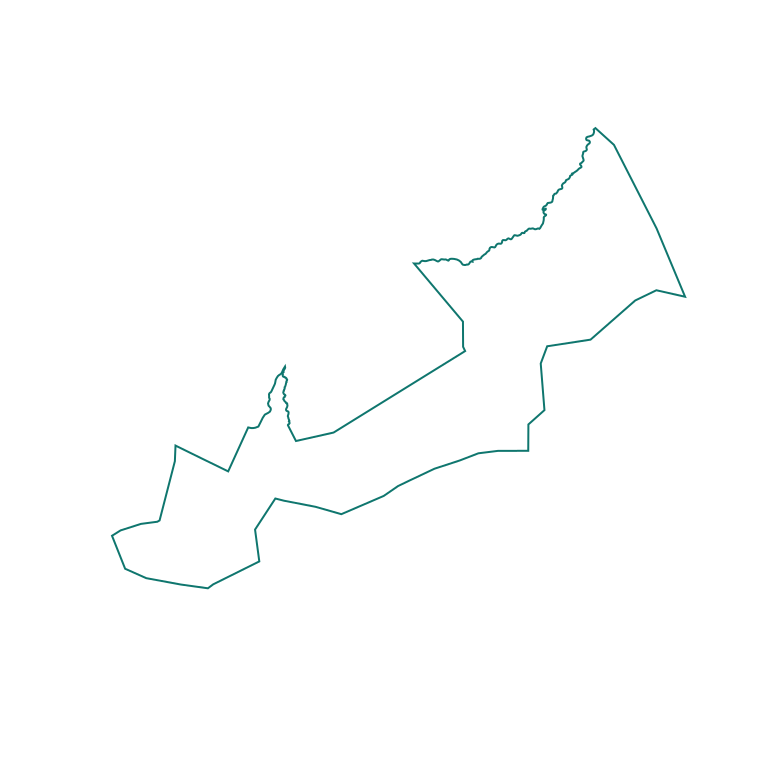 Bayandelger, Töv, Mongolia (Mercator projection), rotated 242°
{"feature_id": "93677404B81168831538061", "entity_name": "Bayandelger", "entity_type": "district", "adm_level": 2, "iso_a3": "MNG", "parent_name": "Mongolia", "parent_adm1": "Töv", "projection": "mercator", "projection_center": [108.382, 47.82], "detail": "fine", "context": "isolated", "style": "outline", "palette": "teal", "viewbox_px": 768, "rotation_deg": 242, "n_neighbors": 0, "source": "geoboundaries", "source_scale": "gbopen_adm2", "svg_char_len": 6150}
<svg xmlns="http://www.w3.org/2000/svg" viewBox="0 0 768 768"><g transform="rotate(242 384 384)"><path d="M319.7,690.8L393.3,697.7L487.2,699.3L510.7,690.8L510.3,688.6L508.8,688.3L507.7,687.6L506.5,686.4L506.0,685.5L505.8,684.2L506.2,681.5L506.6,680.2L506.7,678.7L506.0,677.8L505.1,677.4L504.3,677.4L503.9,677.7L503.1,678.7L502.5,679.3L501.5,679.5L500.7,679.2L500.0,678.4L499.9,677.7L499.7,676.3L499.1,675.0L498.3,674.0L497.5,673.6L496.3,673.3L495.7,673.1L495.4,672.7L495.1,672.0L495.1,671.0L495.4,669.7L495.4,669.1L494.9,668.5L494.1,668.1L493.4,667.4L492.7,666.7L492.1,666.2L490.1,665.8L488.8,665.6L487.7,665.2L487.3,664.7L487.1,664.1L486.9,663.2L486.5,662.3L486.5,661.7L486.5,660.7L486.2,660.4L485.7,660.2L485.0,660.3L484.2,660.5L483.6,660.5L482.9,660.2L482.7,659.7L482.6,657.2L482.2,656.0L481.8,654.7L481.6,653.2L481.5,651.9L481.3,650.6L481.5,648.9L481.2,648.9L481.1,649.3L480.9,649.3L480.6,649.0L480.4,648.3L480.5,647.5L480.4,646.1L479.9,645.7L479.4,645.2L478.6,644.0L478.4,643.4L478.4,642.1L478.5,640.8L478.4,640.2L478.0,639.9L477.5,639.4L477.2,638.7L477.0,638.0L477.0,636.9L476.9,636.1L476.2,634.8L475.5,634.1L474.7,634.0L474.0,633.8L473.4,633.5L473.0,633.0L473.0,632.2L473.5,630.0L473.4,629.1L472.8,628.0L472.3,627.6L471.9,626.6L471.6,626.1L471.4,625.5L471.4,625.1L471.7,624.4L471.8,623.9L471.6,623.4L471.2,622.8L470.9,622.3L470.7,622.0L470.8,621.7L469.7,621.0L469.2,620.8L468.1,620.0L467.3,619.2L466.5,618.6L466.1,618.2L465.9,617.6L465.9,616.9L465.9,616.4L466.6,614.5L466.9,613.5L466.6,612.8L466.1,612.2L465.7,611.4L465.5,610.8L465.5,609.7L465.5,608.3L465.1,607.6L463.9,606.0L463.3,605.9L462.9,606.3L462.8,606.7L462.8,607.3L463.0,608.3L463.0,608.8L462.8,609.1L462.4,608.9L462.1,608.5L461.9,606.6L461.4,605.8L460.7,605.4L460.1,605.3L459.3,605.4L458.7,605.6L458.1,606.1L457.7,606.5L457.4,606.6L457.1,606.4L456.9,606.2L456.7,604.8L456.5,603.9L456.1,603.3L455.4,602.9L454.7,602.6L453.4,601.7L451.1,599.7L450.0,597.6L448.4,595.1L448.1,594.2L448.1,593.9L448.6,593.6L448.9,593.3L449.1,592.8L449.3,591.1L449.7,590.0L451.5,588.5L452.2,586.5L452.5,585.9L453.1,585.1L453.0,584.0L452.7,583.0L452.4,582.2L452.3,581.9L452.4,581.0L452.3,579.9L452.0,579.5L451.6,579.1L451.4,578.8L451.5,578.5L451.7,578.1L452.5,577.2L452.6,576.9L452.6,576.5L452.3,575.8L451.9,575.1L451.8,574.7L451.8,573.7L452.0,572.3L452.3,571.3L453.4,570.1L454.1,569.1L454.1,568.7L453.9,568.2L452.3,565.1L452.1,564.5L452.2,564.1L452.4,563.7L454.0,562.4L454.2,562.1L454.2,561.6L454.1,560.7L453.8,560.0L453.8,559.2L454.0,558.5L454.7,557.6L455.2,556.7L455.1,556.1L454.8,555.5L453.9,554.9L453.3,554.2L453.0,553.6L453.0,553.0L453.4,552.3L454.1,551.3L454.3,550.4L454.4,549.9L454.1,548.6L453.4,547.5L452.9,546.8L452.7,546.3L452.7,545.7L453.2,545.0L454.3,543.6L454.6,542.8L454.6,542.1L454.4,541.4L453.9,540.7L452.6,539.7L452.4,539.2L452.3,537.8L452.0,536.6L451.5,535.5L451.2,534.7L451.2,533.4L450.5,530.1L450.1,529.4L449.8,529.1L449.6,528.6L449.5,528.1L449.8,526.9L450.7,525.3L450.6,524.7L451.1,523.5L451.5,522.3L451.7,521.3L451.7,520.7L451.5,520.0L450.4,519.6L451.3,518.5L451.4,517.7L450.1,515.3L450.0,514.6L450.1,514.0L450.4,513.7L450.7,512.9L450.7,512.4L450.9,511.6L451.3,510.9L452.3,509.7L453.0,509.4L455.7,509.1L457.8,508.2L459.7,506.8L461.7,504.4L463.1,502.0L463.4,500.6L463.1,499.4L462.8,499.3L462.7,499.0L462.7,498.8L462.9,498.6L463.3,498.2L463.8,497.9L464.9,497.1L465.7,495.5L466.5,494.4L467.1,493.5L467.3,492.6L466.9,491.0L466.7,489.7L466.9,489.1L467.7,488.4L469.5,487.2L470.7,486.1L471.4,484.8L471.4,484.1L471.8,483.0L472.0,482.5L472.7,479.1L473.2,477.9L474.3,476.4L474.8,475.8L474.9,475.3L474.8,474.8L474.8,474.3L474.6,473.6L474.4,473.0L474.0,472.5L473.9,471.7L474.1,471.1L474.5,470.4L475.6,468.3L476.3,467.1L402.0,483.0L379.7,471.3L375.0,471.1L364.8,316.7L375.0,279.5L392.7,279.8L393.0,280.0L393.3,280.8L393.2,281.1L393.4,281.7L393.8,282.3L394.2,282.4L394.7,282.5L395.5,282.4L395.6,282.6L395.5,282.9L396.0,283.2L396.6,283.1L397.3,283.4L398.3,283.4L399.1,283.7L400.8,284.0L401.4,284.5L402.4,285.6L403.9,286.5L404.4,286.5L405.0,286.3L405.6,285.7L406.4,285.3L406.8,285.3L407.4,285.5L408.0,286.0L409.2,287.7L410.0,288.4L410.6,288.8L411.5,288.9L411.8,289.2L412.2,289.3L412.6,289.3L413.2,288.6L413.4,288.6L414.0,288.7L414.4,288.6L415.0,288.3L415.9,288.1L416.8,288.2L417.4,288.0L417.9,288.0L418.4,288.4L419.1,289.1L419.2,289.4L419.1,289.6L419.1,290.1L419.8,290.8L419.9,291.3L420.2,291.6L420.6,291.6L421.0,291.5L421.2,291.4L421.3,291.2L421.8,291.0L422.5,290.9L423.6,291.0L424.0,291.2L424.4,291.6L424.6,292.0L425.1,292.2L425.3,292.7L425.8,293.0L426.0,293.5L426.4,293.8L426.7,294.2L427.1,294.4L427.8,294.7L428.0,295.4L428.7,296.1L429.8,297.2L430.4,297.6L430.9,298.1L431.2,298.4L431.4,298.8L431.7,298.7L432.2,299.1L432.7,300.0L433.0,300.3L433.2,300.5L433.6,300.5L433.8,300.3L434.2,300.3L434.6,300.5L434.9,300.5L435.2,300.4L435.4,300.2L435.7,300.2L435.9,300.1L435.9,299.8L436.1,299.7L436.7,299.6L437.1,299.4L437.3,299.2L437.4,298.8L437.7,298.7L437.9,298.5L438.0,298.4L438.6,298.4L439.2,298.6L439.6,298.9L439.9,299.2L440.6,299.5L441.0,299.5L441.4,299.4L441.7,299.9L441.8,300.2L441.8,300.4L441.7,300.6L441.7,301.0L442.0,301.1L442.7,301.3L443.0,301.5L443.1,301.9L443.3,302.3L443.9,302.8L444.0,303.5L444.3,303.7L444.5,304.1L444.8,304.4L445.3,304.6L445.9,304.8L444.2,301.9L442.1,299.3L441.5,298.2L441.2,297.2L441.2,295.9L440.8,294.0L439.8,292.2L438.6,290.4L436.7,288.9L435.6,288.0L434.7,286.9L430.2,280.9L429.8,280.0L429.8,279.3L429.5,278.3L428.7,277.5L427.9,277.2L427.1,276.8L425.8,276.1L424.6,276.1L423.6,275.5L422.5,273.8L421.3,272.5L419.1,271.9L418.0,272.2L416.1,272.6L415.2,272.4L414.4,271.9L413.2,270.4L412.9,268.4L412.9,264.4L411.1,261.1L408.3,257.2L405.4,253.1L405.8,249.9L406.5,247.8L407.4,246.1L409.4,243.7L380.0,205.4L403.4,188.4L427.5,171.0L414.0,163.1L368.9,121.8L368.8,119.2L374.6,103.7L378.4,82.7L377.7,72.6L342.4,68.7L324.2,82.9L302.3,110.5L286.3,132.6L287.3,139.2L285.9,190.6L316.0,201.8L333.9,234.3L327.9,240.9L307.7,265.9L289.1,285.2L285.3,331.2L287.3,348.6L286.8,361.1L285.5,388.8L280.9,415.1L278.5,434.8L271.5,453.1L257.3,480.0L280.5,492.5L285.6,513.4L328.5,532.0L340.7,545.8L326.2,587.2L339.8,645.0L338.9,668.5L319.7,690.8Z" fill="none" stroke="#0f766e" stroke-width="2"/></g></svg>